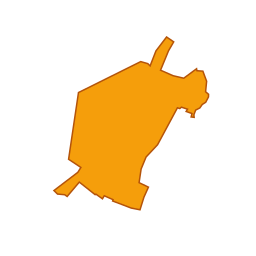 outline of Drogheda Urban Lea-6, Meath, Ireland, rotated 309°
{"feature_id": "5873133B90869984679235", "entity_name": "Drogheda Urban Lea-6", "entity_type": "district", "adm_level": 2, "iso_a3": "IRL", "parent_name": "Ireland", "parent_adm1": "Meath", "projection": "mercator", "projection_center": [-6.346, 53.714], "detail": "fine", "context": "isolated", "style": "filled", "palette": "amber", "viewbox_px": 256, "rotation_deg": 309, "n_neighbors": 0, "source": "geoboundaries", "source_scale": "gbopen_adm2", "svg_char_len": 808}
<svg xmlns="http://www.w3.org/2000/svg" viewBox="0 0 256 256"><g transform="rotate(309 128 128)"><path d="M32.8,109.8L32.3,114.8L36.3,120.8L36.5,123.8L55.3,124.2L55.5,144.4L56.4,144.7L56.9,152.7L60.4,152.2L62.9,161.5L61.6,162.0L62.2,163.8L67.8,180.9L72.0,188.8L84.3,183.9L94.9,181.1L92.5,171.0L104.4,164.0L116.8,160.3L133.6,161.5L174.8,153.7L175.7,156.0L177.8,156.4L180.1,162.4L177.4,162.8L179.5,168.6L176.3,170.1L177.9,172.7L179.7,170.9L184.5,169.3L188.8,171.2L193.0,170.9L196.9,172.2L202.8,171.0L204.9,169.4L205.0,165.5L213.8,159.7L219.3,150.4L215.9,145.5L217.2,144.0L201.8,140.0L197.0,130.1L193.4,116.9L213.5,110.9L223.7,109.3L223.0,100.7L205.5,101.2L190.2,106.1L190.5,102.9L187.6,96.1L124.4,67.2L66.3,101.5L67.7,116.2L62.0,116.9L32.8,109.8Z" fill="#f59e0b" stroke="#b45309" stroke-width="1.5"/></g></svg>